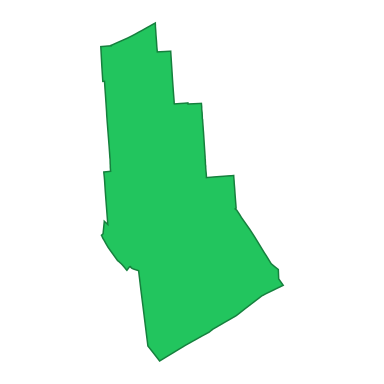 the district of Spantov, Calarasi, Romania
{"feature_id": "2599482B51695230514205", "entity_name": "Spantov", "entity_type": "district", "adm_level": 2, "iso_a3": "ROU", "parent_name": "Romania", "parent_adm1": "Calarasi", "projection": "mercator", "projection_center": [26.79, 44.153], "detail": "fine", "context": "isolated", "style": "filled", "palette": "green", "viewbox_px": 384, "rotation_deg": 0, "n_neighbors": 0, "source": "geoboundaries", "source_scale": "gbopen_adm2", "svg_char_len": 2549}
<svg xmlns="http://www.w3.org/2000/svg" viewBox="0 0 384 384"><path d="M159.6,361.0L165.3,357.5L185.4,345.3L201.8,336.1L207.2,333.2L208.1,332.7L208.7,332.5L212.8,329.2L223.8,322.8L236.0,315.8L237.1,315.0L239.7,313.0L244.3,309.3L261.9,295.8L263.2,295.2L263.7,294.9L265.7,293.8L283.2,285.3L278.7,278.9L278.4,271.5L278.3,269.5L276.5,268.1L273.9,266.0L271.4,263.9L271.1,263.6L266.2,255.6L264.4,252.9L259.6,245.0L254.4,236.5L249.8,229.4L245.5,223.3L241.4,217.5L239.8,214.8L237.8,211.8L236.8,210.3L236.5,210.0L235.2,208.9L236.1,208.2L235.8,204.0L235.1,195.2L234.8,190.7L234.6,187.8L234.2,183.1L234.1,181.1L233.8,177.6L233.7,175.5L231.9,175.7L228.2,175.9L223.1,176.3L218.7,176.6L214.7,176.9L213.4,177.0L211.4,177.2L207.3,177.5L206.4,177.6L206.4,176.5L206.3,174.6L206.1,172.5L205.9,170.5L205.8,169.2L205.7,167.7L205.7,166.1L205.4,164.0L205.4,162.4L205.3,160.8L205.3,159.7L205.1,158.4L205.1,157.0L203.9,138.7L203.8,137.1L203.7,135.4L203.6,134.0L203.5,132.3L203.3,130.1L203.2,128.7L203.1,127.1L202.9,124.4L202.7,121.7L202.6,119.6L202.3,118.4L202.3,117.7L202.3,116.8L202.2,114.7L202.1,112.8L201.9,111.0L201.7,109.1L201.7,106.9L201.4,103.4L188.0,104.0L187.9,102.9L187.1,103.0L183.7,103.3L180.3,103.5L176.2,103.8L174.7,103.9L174.4,103.9L174.2,103.8L174.2,103.7L174.1,101.2L173.2,89.4L172.5,79.5L172.1,73.1L171.1,57.7L170.9,54.7L170.7,51.5L170.7,51.2L167.0,51.4L163.4,51.6L157.3,51.9L156.8,46.6L156.5,41.6L156.0,35.3L155.7,30.3L155.4,26.4L155.4,24.9L155.3,23.9L155.3,23.0L152.9,24.3L146.8,27.7L141.7,30.6L138.8,32.1L135.3,34.1L131.9,35.9L130.3,36.7L127.7,38.0L122.3,40.4L115.5,43.4L113.1,44.5L112.2,44.9L111.6,45.1L111.0,45.3L111.0,45.5L111.1,45.8L106.7,46.1L106.1,46.2L105.9,46.2L100.8,46.6L101.8,65.5L102.8,81.4L104.5,81.3L105.1,90.2L105.5,95.7L106.1,104.6L106.6,112.2L106.7,114.9L107.0,118.8L107.2,121.7L109.2,147.4L109.9,157.7L110.1,159.4L110.1,160.1L110.2,164.0L110.3,165.0L110.3,167.1L110.6,171.3L103.8,172.0L103.9,173.2L104.3,177.1L104.6,180.8L105.3,191.6L105.6,195.7L107.8,224.5L104.3,221.3L104.3,221.7L103.9,225.4L103.2,232.3L103.1,233.7L102.3,234.5L101.5,235.2L101.6,235.3L102.0,236.3L103.0,238.6L103.8,239.8L105.1,242.1L105.5,242.9L108.2,247.5L110.4,250.6L117.5,260.5L118.3,261.2L118.9,261.6L120.3,262.9L121.5,264.0L122.7,265.3L125.0,268.0L125.9,269.2L126.9,270.3L129.6,266.7L130.5,266.6L130.6,267.1L131.1,267.6L131.4,267.9L131.9,268.3L133.0,268.8L133.7,269.1L138.6,270.7L138.7,271.3L140.9,289.9L142.7,304.2L143.0,306.5L146.7,336.4L147.3,341.1L147.9,346.0L151.7,350.8L158.8,359.9L159.6,361.0Z" fill="#22c55e" stroke="#15803d" stroke-width="1.5"/></svg>